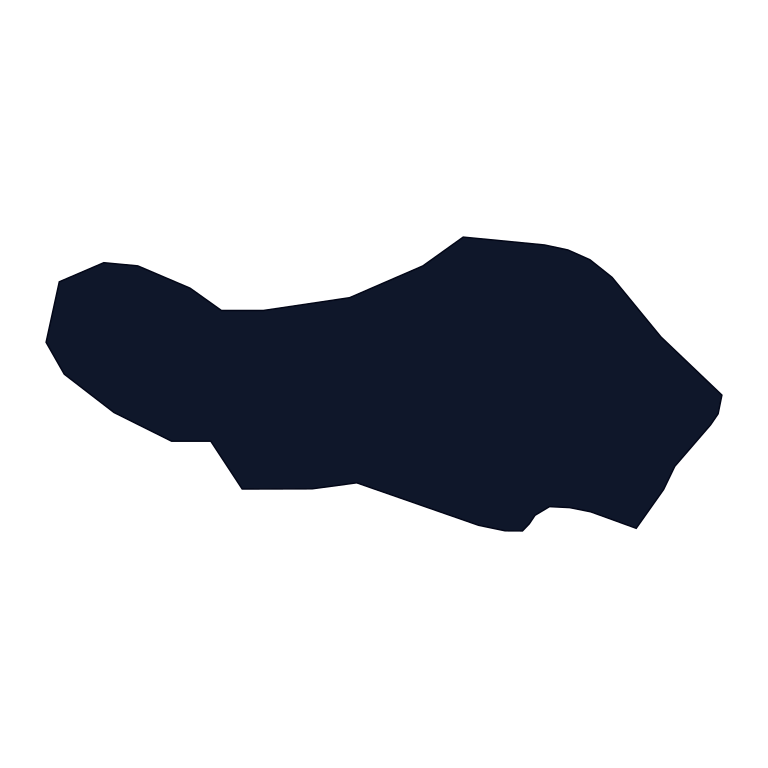 the border of Jaunpiebalgas
{"feature_id": "LVA-5787", "entity_name": "Jaunpiebalgas", "entity_type": "Municipality", "adm_level": 1, "iso_a3": "LVA", "parent_name": "Latvia", "parent_adm1": "", "projection": "equal_earth", "projection_center": [25.988, 57.149], "detail": "fine", "context": "isolated", "style": "filled", "palette": "ink", "viewbox_px": 768, "rotation_deg": 0, "n_neighbors": 0, "source": "natural_earth", "source_scale": "10m", "svg_char_len": 573}
<svg xmlns="http://www.w3.org/2000/svg" viewBox="0 0 768 768"><path d="M463.2,237.1L544.7,245.0L568.0,250.0L590.0,259.8L612.1,277.4L660.9,336.9L721.9,395.1L718.1,413.8L710.6,424.8L674.8,466.3L663.6,489.5L636.2,528.3L590.7,511.8L569.7,507.6L549.5,506.6L535.0,515.3L529.3,523.8L522.5,530.9L505.1,530.8L478.6,525.3L356.7,482.8L312.2,488.8L242.2,489.0L210.8,441.2L171.6,441.2L114.0,412.5L64.3,374.2L46.1,342.3L59.3,281.8L103.8,262.7L137.8,265.9L190.1,288.2L221.4,310.5L263.3,310.5L349.6,297.7L422.9,265.9L463.2,237.1Z" fill="#0f172a" stroke="#020617" stroke-width="1.5"/></svg>